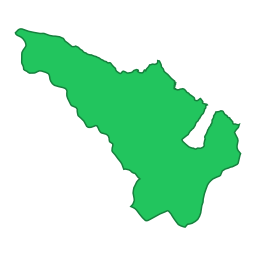 the district of Lapusnicel, Caras-Severin, Romania
{"feature_id": "2599482B99041788642563", "entity_name": "Lapusnicel", "entity_type": "district", "adm_level": 2, "iso_a3": "ROU", "parent_name": "Romania", "parent_adm1": "Caras-Severin", "projection": "robinson", "projection_center": [22.192, 45.003], "detail": "fine", "context": "isolated", "style": "filled", "palette": "green", "viewbox_px": 256, "rotation_deg": 0, "n_neighbors": 0, "source": "geoboundaries", "source_scale": "gbopen_adm2", "svg_char_len": 5741}
<svg xmlns="http://www.w3.org/2000/svg" viewBox="0 0 256 256"><path d="M239.3,124.4L238.5,124.8L238.2,124.8L236.7,124.5L235.3,124.0L233.7,124.1L233.2,123.8L232.9,123.4L232.7,121.9L232.5,121.4L231.7,120.8L231.1,119.8L230.7,119.6L230.3,119.3L230.0,118.4L229.8,118.1L229.2,117.7L228.2,117.4L227.7,117.2L227.5,116.9L227.4,116.4L226.9,115.7L226.4,115.3L225.0,114.6L223.8,112.8L223.3,111.8L223.1,111.5L222.6,111.1L221.6,110.9L220.6,110.9L219.6,111.4L218.4,111.7L215.8,112.0L215.6,112.3L215.6,112.8L215.4,113.6L214.9,114.0L213.6,116.1L213.7,116.4L213.7,117.0L213.6,117.4L212.6,119.4L212.1,120.0L212.1,121.7L211.9,122.9L211.7,123.4L211.4,123.9L210.9,124.4L210.9,124.8L210.9,125.2L210.7,125.3L210.6,125.7L210.1,126.1L209.9,126.6L209.4,127.1L208.7,128.2L208.4,129.2L207.7,130.0L207.3,131.5L206.9,132.4L206.7,133.1L205.8,134.8L205.3,135.5L204.7,136.9L204.7,137.1L204.9,137.6L205.2,139.5L204.8,139.8L204.0,143.7L204.2,145.4L204.2,145.8L204.1,146.0L202.9,147.3L200.9,148.2L200.5,148.3L197.7,148.1L195.7,149.1L194.0,148.6L193.7,148.2L192.6,148.3L192.2,148.0L191.2,147.8L188.9,146.9L185.7,144.2L182.7,141.4L181.9,139.7L182.6,138.8L186.9,135.4L188.2,134.5L188.5,133.8L189.3,132.4L190.5,130.7L191.2,130.3L192.2,129.1L193.4,128.2L195.1,125.5L195.6,123.8L196.2,122.5L196.9,121.7L197.3,121.5L198.1,120.7L198.2,120.4L199.2,118.6L199.6,118.5L199.7,117.9L200.2,117.4L200.2,117.2L201.1,115.7L201.8,114.7L203.0,113.6L203.4,113.0L204.4,110.5L204.5,109.4L204.5,109.1L205.4,108.5L205.6,108.1L205.8,107.3L205.8,105.6L206.2,105.4L207.3,104.9L206.8,104.3L204.3,103.8L202.7,103.1L202.5,102.8L202.7,101.9L202.8,101.7L202.6,101.3L200.5,98.5L200.1,98.6L198.2,100.2L197.0,100.7L196.0,100.6L194.9,100.1L194.6,99.9L194.5,99.7L194.5,98.7L194.4,98.1L193.8,97.4L191.3,95.5L190.1,94.8L189.5,94.3L189.0,93.6L188.5,93.1L186.8,92.3L186.0,91.1L184.5,89.4L182.8,88.7L182.0,88.9L180.6,89.1L179.9,89.2L179.6,89.4L178.9,89.8L178.1,89.7L177.5,89.9L176.3,89.5L175.6,88.8L175.4,88.9L175.4,89.3L175.2,89.3L175.0,89.0L175.0,88.7L174.9,88.5L174.6,88.5L174.4,88.6L174.2,88.6L174.2,88.4L174.5,87.7L174.4,87.6L174.2,87.5L174.3,86.6L174.4,86.3L174.9,86.1L175.0,86.0L174.8,85.7L174.4,85.7L174.3,85.3L174.4,85.1L174.6,85.1L175.4,84.6L175.5,84.1L175.1,83.9L174.9,83.6L174.7,83.7L174.5,83.3L174.5,83.2L175.2,83.1L175.0,82.8L175.2,82.7L174.7,82.5L174.7,82.2L174.5,81.8L174.8,81.3L174.4,80.9L173.8,80.5L173.7,80.4L171.3,78.4L167.8,74.5L164.9,72.2L163.8,71.0L163.8,70.4L163.4,69.4L163.0,68.6L161.6,67.1L161.5,66.8L161.3,66.0L161.2,65.0L160.6,63.5L159.4,61.0L157.7,60.6L157.7,62.0L157.6,62.4L157.1,63.3L156.5,63.8L154.8,64.4L152.7,64.1L152.1,64.2L150.8,64.8L149.8,64.8L149.2,65.5L149.1,65.9L148.7,66.6L146.7,68.8L146.5,69.2L146.1,69.7L145.7,70.8L144.9,70.1L144.7,70.0L144.4,70.1L144.2,70.3L143.7,71.4L143.3,72.1L143.0,72.4L142.2,72.9L140.2,72.8L139.6,72.7L139.1,72.4L137.5,71.4L137.5,71.2L138.3,70.6L138.3,70.4L138.2,70.2L137.5,69.8L136.5,69.6L136.2,69.6L135.6,70.0L135.0,70.1L133.7,70.6L132.8,71.7L132.4,72.0L131.0,72.6L129.5,72.8L128.6,73.0L127.4,73.1L125.2,71.9L124.8,71.7L123.4,71.2L122.7,71.4L122.1,71.9L121.9,72.3L121.2,73.0L120.5,73.5L120.0,73.5L119.3,73.2L118.7,72.6L118.0,72.4L117.5,71.9L116.8,71.5L116.5,71.1L115.7,70.0L115.6,69.3L115.6,68.9L115.4,68.5L114.9,67.8L114.4,67.5L113.1,66.2L111.9,64.8L111.7,64.6L111.1,63.7L110.5,63.0L109.8,62.7L108.8,62.8L108.1,63.0L107.1,62.4L106.2,61.6L104.9,61.3L104.2,61.1L102.8,60.1L101.2,59.5L99.2,58.0L98.0,57.5L97.6,57.4L96.8,57.0L96.2,56.6L93.9,56.0L91.8,55.1L91.3,54.9L90.1,54.9L87.8,54.3L87.0,53.9L86.3,53.2L84.3,52.5L83.3,51.8L82.2,50.4L80.4,49.4L78.4,47.4L75.7,46.1L74.5,46.6L72.8,46.7L71.5,46.4L70.8,45.5L69.8,44.8L67.8,43.1L65.1,41.1L63.4,38.5L59.6,36.8L55.6,36.2L53.1,36.1L49.4,35.4L43.9,33.4L40.1,33.5L33.8,32.4L28.6,31.3L22.1,29.0L20.8,28.9L19.4,29.2L18.1,30.0L15.4,32.8L15.8,33.9L16.6,34.8L17.7,35.5L19.5,36.3L21.2,37.2L22.9,38.6L25.0,41.5L25.8,43.9L26.0,45.7L25.2,47.3L23.3,49.9L22.0,52.4L21.8,54.2L21.7,62.4L22.0,63.7L22.9,65.4L23.5,67.2L23.7,69.3L24.5,70.1L27.1,71.4L28.2,72.4L29.6,73.1L34.4,73.0L35.6,72.6L37.5,71.6L39.5,70.8L41.5,71.0L45.9,72.4L48.3,73.6L48.7,74.1L49.2,75.1L49.5,76.1L50.0,79.2L50.8,81.3L52.4,83.7L54.4,85.3L58.7,86.6L63.1,87.6L65.4,88.5L66.6,89.9L67.0,91.3L66.8,93.6L66.9,95.9L67.7,98.4L70.8,104.7L71.6,105.6L76.0,107.5L77.3,109.3L77.2,110.9L77.4,112.5L77.7,114.1L78.1,115.6L81.1,118.3L83.9,121.1L86.7,126.3L88.2,127.3L89.5,127.4L90.9,127.3L92.2,126.9L94.4,126.1L95.2,125.6L96.9,125.8L97.9,127.3L99.2,130.3L100.6,132.3L101.5,132.9L105.8,134.1L106.7,134.5L108.3,136.0L109.1,138.1L109.2,139.9L109.6,141.7L111.1,142.7L112.6,143.7L112.9,145.0L112.6,146.5L112.2,147.9L112.0,150.8L112.5,151.8L115.2,154.9L117.9,158.6L120.8,162.2L122.0,164.3L123.8,169.3L125.1,169.0L127.1,169.4L129.1,169.9L130.6,170.8L131.4,171.7L132.3,172.4L133.5,173.0L134.9,173.3L135.7,174.1L137.9,177.1L139.9,178.9L138.2,180.1L136.9,181.7L136.6,182.2L135.1,185.4L133.9,187.7L133.4,190.4L133.1,193.1L134.1,198.2L134.3,200.4L133.6,202.5L132.7,204.5L130.8,206.5L132.9,207.4L134.9,208.5L136.5,210.0L139.4,213.9L142.5,217.7L145.4,220.5L146.5,220.7L147.8,220.5L150.0,219.4L160.0,213.9L165.1,211.8L167.4,210.7L168.7,211.2L171.0,213.9L172.6,216.6L174.4,219.3L176.3,221.9L178.3,224.5L180.7,225.8L183.3,226.7L185.1,227.1L187.5,224.3L189.8,223.9L192.0,223.3L195.3,221.4L197.7,219.4L199.5,216.3L200.7,212.9L201.8,205.6L203.0,202.2L203.2,199.1L204.4,193.7L205.9,189.3L207.5,185.0L209.1,182.5L210.9,180.6L212.9,178.9L216.7,177.1L219.1,176.2L220.4,175.4L222.3,170.9L225.3,169.0L228.6,168.0L230.2,167.2L232.5,166.7L237.1,164.4L238.1,163.2L238.8,160.3L240.0,155.1L240.6,153.6L238.0,150.4L237.5,149.2L237.1,148.0L237.0,145.9L238.0,140.8L237.6,138.6L236.0,135.5L234.5,132.4L235.3,131.1L236.2,129.8L238.4,127.4L239.3,124.4Z" fill="#22c55e" stroke="#15803d" stroke-width="1.5"/></svg>